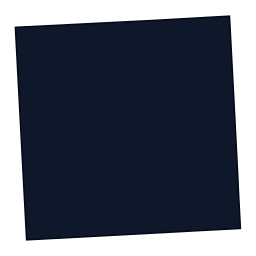 the district of Barton, Kansas, United States of America, rotated 267°
{"feature_id": "52423323B76483711155183", "entity_name": "Barton", "entity_type": "district", "adm_level": 2, "iso_a3": "USA", "parent_name": "United States of America", "parent_adm1": "Kansas", "projection": "mercator", "projection_center": [-98.777, 38.479], "detail": "fine", "context": "isolated", "style": "filled", "palette": "ink", "viewbox_px": 256, "rotation_deg": 267, "n_neighbors": 0, "source": "geoboundaries", "source_scale": "gbopen_adm2", "svg_char_len": 317}
<svg xmlns="http://www.w3.org/2000/svg" viewBox="0 0 256 256"><g transform="rotate(267 128 128)"><path d="M21.8,192.3L21.8,235.0L25.6,235.0L64.3,235.0L67.9,235.1L149.4,235.2L234.4,235.2L234.1,149.9L234.2,107.0L234.4,20.8L232.0,20.8L21.6,20.9L21.8,192.3Z" fill="#0f172a" stroke="#020617" stroke-width="1.5"/></g></svg>